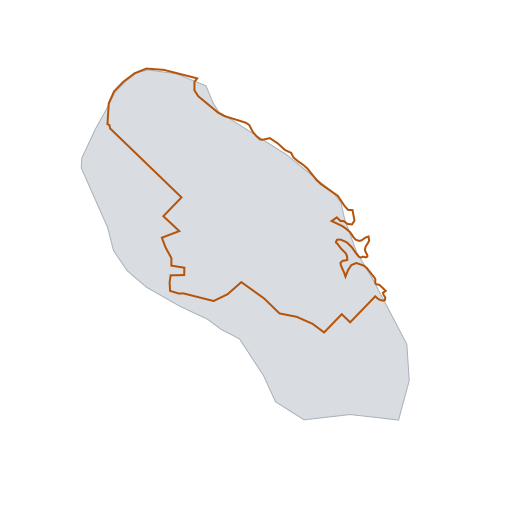 Ar Rayyān on a map of Qatar (Robinson projection), rotated 134°
{"feature_id": "QAT-1100", "entity_name": "Ar Rayyān", "entity_type": "Municipality", "adm_level": 1, "iso_a3": "QAT", "parent_name": "Qatar", "parent_adm1": "", "projection": "robinson", "projection_center": [50.968, 25.185], "detail": "fine", "context": "in_parent", "style": "outline", "palette": "amber", "viewbox_px": 512, "rotation_deg": 134, "n_neighbors": 0, "source": "natural_earth", "source_scale": "10m", "svg_char_len": 2192}
<svg xmlns="http://www.w3.org/2000/svg" viewBox="0 0 512 512"><g transform="rotate(134 256 256)"><path d="M276.6,459.6L255.6,465.2L235.8,471.2L219.3,471.0L206.0,468.7L197.2,462.9L180.2,439.9L168.3,410.1L175.6,393.5L178.2,383.2L162.0,304.7L156.7,244.4L158.6,232.0L167.9,217.8L183.3,186.4L191.5,156.1L214.7,86.2L239.1,59.3L275.0,39.5L304.6,78.1L340.5,107.7L347.3,140.7L336.8,167.5L327.1,210.3L333.0,230.0L335.2,247.0L345.0,275.6L354.5,312.7L356.1,338.5L351.0,362.4L338.6,382.5L314.0,443.0L306.6,449.3L276.6,459.6Z" fill="#d9dde1" stroke="#a8b0b8" stroke-width="1"/><path d="M223.1,472.5L209.0,470.3L197.3,465.0L186.2,451.7L169.1,421.7L173.5,421.2L179.6,415.4L181.2,408.4L179.2,382.6L177.2,375.7L167.2,355.9L166.5,351.9L169.0,344.3L169.5,339.0L169.3,334.1L167.8,332.0L161.6,327.9L159.9,318.7L159.6,308.7L157.4,302.3L159.1,297.4L158.7,291.7L157.7,285.6L157.4,279.7L159.3,265.0L159.2,259.3L155.9,238.9L158.5,227.2L158.9,221.8L155.9,218.5L162.2,209.7L166.6,208.9L169.3,212.3L170.0,217.3L172.1,219.4L172.1,224.7L178.3,225.9L174.6,214.9L173.8,210.2L173.5,205.3L174.0,202.3L174.8,199.1L175.0,195.7L173.5,192.3L171.6,191.0L166.5,190.0L163.8,188.6L166.5,185.2L169.6,184.3L172.8,183.8L175.9,182.0L176.7,180.5L178.2,176.3L179.1,175.5L180.7,176.0L182.1,178.6L183.9,179.2L185.1,181.2L184.6,185.8L183.1,193.2L183.1,198.8L183.3,200.8L185.2,206.0L186.3,207.5L188.0,209.0L190.3,208.3L190.8,207.6L190.6,206.2L191.6,199.9L191.7,193.4L192.8,190.5L195.4,187.6L197.0,188.5L199.0,190.3L202.2,190.5L203.7,188.6L206.9,180.7L208.7,177.3L202.3,180.0L196.3,181.1L191.4,179.0L188.0,171.7L187.7,167.9L189.4,155.1L190.0,153.8L192.3,151.8L192.8,150.4L192.5,149.3L191.3,147.7L191.0,146.5L191.0,138.4L194.3,139.2L195.4,137.0L196.1,134.1L198.3,132.6L199.9,133.6L201.3,135.9L202.1,139.0L202.2,142.2L238.3,142.2L238.3,153.9L263.7,153.9L265.5,168.2L271.6,184.7L281.0,199.2L280.9,220.7L285.0,248.4L303.2,249.9L317.8,255.2L333.3,282.2L336.6,285.4L340.8,293.6L334.9,299.9L329.2,304.0L319.6,294.4L314.2,299.4L321.7,310.2L316.3,315.4L312.6,327.2L308.2,336.4L291.4,328.5L291.7,350.3L265.6,350.3L265.6,449.6L263.6,452.4L264.2,454.2L264.3,454.5L248.4,468.0L236.3,472.4L223.1,472.5Z" fill="none" stroke="#b45309" stroke-width="2"/></g></svg>